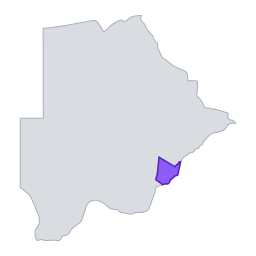 Botswana, with Kgatleng highlighted
{"feature_id": "BWA-2646", "entity_name": "Kgatleng", "entity_type": "District", "adm_level": 1, "iso_a3": "BWA", "parent_name": "Botswana", "parent_adm1": "", "projection": "mercator", "projection_center": [26.553, -24.114], "detail": "fine", "context": "in_parent", "style": "filled", "palette": "violet", "viewbox_px": 256, "rotation_deg": 0, "n_neighbors": 0, "source": "natural_earth", "source_scale": "10m", "svg_char_len": 3445}
<svg xmlns="http://www.w3.org/2000/svg" viewBox="0 0 256 256"><path d="M141.5,15.5L141.0,16.7L140.7,18.4L141.1,19.7L142.0,21.5L143.4,23.0L144.4,23.9L145.6,26.2L146.8,29.0L148.4,31.2L153.0,36.2L153.5,38.0L154.2,39.8L157.1,43.2L157.6,44.3L157.4,46.7L160.4,53.7L162.4,57.8L164.0,58.5L169.4,62.9L174.1,66.4L179.5,68.8L183.6,70.4L185.5,71.5L186.5,72.6L187.3,74.7L187.8,78.4L187.9,80.7L192.2,80.7L195.8,80.9L197.0,81.3L197.5,82.0L197.4,83.6L197.5,85.9L197.6,87.8L197.3,89.8L197.0,92.2L196.8,95.1L197.4,96.3L200.8,100.0L202.3,102.4L203.8,106.0L204.7,107.2L205.5,107.7L208.6,108.1L216.6,109.6L221.6,111.0L225.5,112.4L227.2,112.8L228.0,113.2L228.2,113.5L227.7,116.7L227.9,117.7L228.3,118.7L229.0,119.4L229.8,119.8L232.8,120.2L234.6,122.1L235.7,123.0L230.3,123.5L227.7,125.1L226.1,128.0L223.7,130.1L220.4,131.5L216.9,132.4L213.2,132.9L209.2,135.4L205.1,139.9L202.9,142.7L202.8,143.9L201.9,144.9L200.1,145.8L199.1,146.8L198.9,148.0L197.9,148.5L196.2,148.5L195.1,149.4L194.4,151.2L192.9,152.3L190.6,152.6L188.6,153.7L187.0,155.3L185.7,156.1L184.8,156.2L183.4,157.5L181.2,160.7L180.8,162.2L177.7,174.1L176.0,175.6L172.7,178.0L170.0,181.0L168.9,182.8L167.6,183.5L161.5,185.0L159.2,185.8L156.5,186.9L155.8,187.9L155.1,191.7L153.2,197.0L151.7,201.0L150.7,204.4L148.9,208.7L147.4,210.1L145.7,211.5L143.5,212.1L140.4,212.5L137.7,212.4L135.5,212.5L132.5,214.0L129.8,214.1L125.4,213.2L121.8,212.4L120.2,212.2L117.0,209.4L115.0,209.4L111.9,209.2L110.2,208.6L108.5,207.1L105.0,204.3L101.6,202.0L98.6,200.7L95.7,200.1L93.1,200.6L91.0,201.2L90.1,201.5L88.5,202.7L86.9,204.9L85.5,208.4L85.0,210.6L83.4,215.1L81.4,220.6L80.4,222.1L79.3,223.3L77.5,224.3L71.7,228.7L68.8,233.6L66.9,235.0L64.7,235.7L62.9,236.1L61.8,236.9L60.7,239.4L59.7,240.3L58.6,240.6L55.2,240.3L54.2,240.1L45.4,240.6L42.7,239.8L40.8,239.5L37.8,240.5L36.5,239.8L35.5,237.8L35.0,233.6L35.2,230.1L36.8,227.4L38.2,225.5L39.5,223.0L39.7,221.8L39.4,220.8L39.1,218.7L39.0,216.6L37.1,211.9L34.8,205.8L31.6,198.9L30.7,197.0L28.7,194.1L21.4,188.4L20.3,187.7L20.3,187.0L20.3,181.6L20.3,174.4L20.3,167.1L20.3,160.0L20.3,152.8L20.3,145.6L20.3,138.5L20.3,131.3L20.3,124.2L20.3,118.2L25.5,118.2L32.0,118.2L39.7,118.2L43.1,118.2L43.3,117.3L43.3,112.9L43.2,102.8L43.2,92.8L43.2,82.7L43.2,72.8L43.2,62.8L43.2,52.9L43.2,43.0L43.1,33.1L43.1,28.2L49.1,27.9L55.9,26.9L67.0,25.3L77.2,23.3L84.0,22.1L91.9,20.7L94.7,20.5L95.4,20.7L96.5,21.1L100.2,26.1L102.5,29.8L103.0,31.4L103.4,31.6L104.5,31.3L105.7,30.7L109.5,27.0L110.3,26.0L112.7,24.2L115.6,22.4L118.2,21.0L120.8,20.0L122.1,20.2L123.5,21.2L124.8,21.8L130.8,17.2L133.5,16.2L140.5,15.4L141.5,15.5Z" fill="#d9dde1" stroke="#a8b0b8" stroke-width="1"/><path d="M180.6,161.7L180.7,161.9L180.0,163.1L180.2,163.7L180.1,164.3L178.5,171.0L178.4,172.1L178.0,174.3L177.8,174.8L177.4,175.1L176.9,175.4L174.9,176.0L174.4,176.3L174.2,176.7L172.8,178.1L171.3,179.1L170.7,179.6L170.1,180.4L169.4,182.2L169.3,182.5L167.8,184.0L167.3,183.9L166.8,183.9L166.4,183.8L166.0,183.8L164.9,183.9L162.3,184.7L162.1,184.4L161.1,183.4L159.3,182.2L157.4,180.9L157.0,180.6L156.6,180.4L156.3,180.3L156.1,180.1L155.9,179.6L155.9,178.9L156.2,177.5L156.5,176.8L156.8,176.2L157.5,172.5L159.0,157.2L175.0,166.8L175.1,166.7L175.2,166.4L176.3,165.1L176.9,164.5L177.1,164.5L177.5,164.6L177.8,164.4L177.9,164.0L178.0,163.8L178.5,163.1L178.7,162.7L178.9,162.3L179.0,162.4L179.2,162.7L179.2,162.8L179.8,162.1L180.1,161.8L180.5,161.8L180.6,161.7L180.6,161.7Z" fill="#8b5cf6" stroke="#5b21b6" stroke-width="1.5"/></svg>